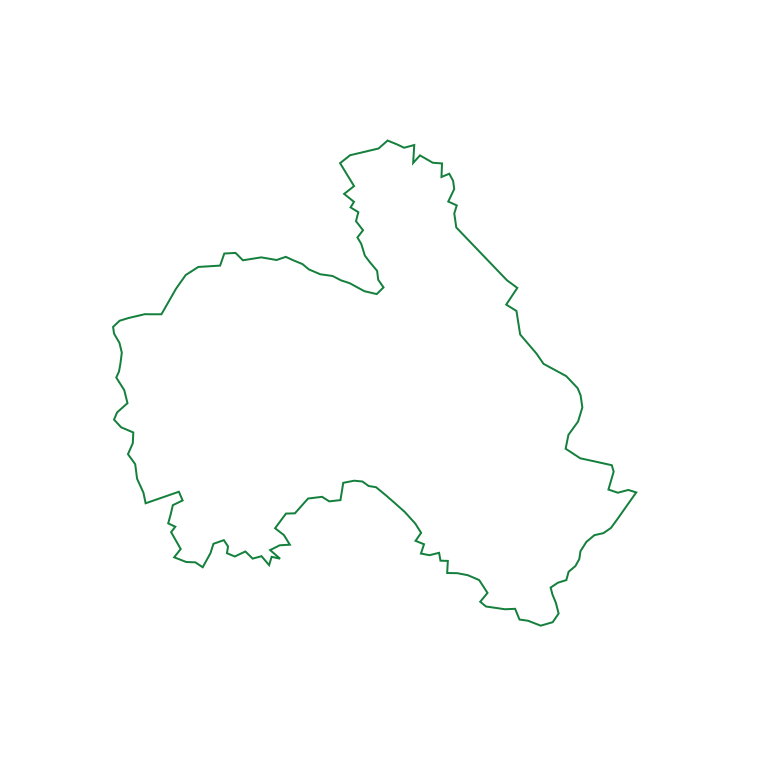 the district of Ernestina, Rio Grande do Sul, Brazil, rotated 290°
{"feature_id": "56859067B68568949891586", "entity_name": "Ernestina", "entity_type": "district", "adm_level": 2, "iso_a3": "BRA", "parent_name": "Brazil", "parent_adm1": "Rio Grande do Sul", "projection": "mercator", "projection_center": [-52.561, -28.425], "detail": "fine", "context": "isolated", "style": "outline", "palette": "green", "viewbox_px": 768, "rotation_deg": 290, "n_neighbors": 0, "source": "geoboundaries", "source_scale": "gbopen_adm2", "svg_char_len": 2302}
<svg xmlns="http://www.w3.org/2000/svg" viewBox="0 0 768 768"><g transform="rotate(290 384 384)"><path d="M618.9,330.7L612.9,322.1L613.6,314.6L614.0,304.1L603.5,298.4L587.4,273.9L576.5,267.2L559.7,288.2L549.0,281.5L544.9,293.5L538.5,292.2L536.7,301.1L527.4,302.0L521.3,311.7L512.6,308.9L508.0,314.6L498.1,322.1L493.7,328.9L488.0,338.8L480.0,342.9L474.6,350.5L466.0,346.4L464.5,333.8L467.0,317.2L466.7,308.1L467.9,298.7L465.3,286.5L466.0,274.2L468.8,266.4L469.2,256.7L469.9,248.2L463.8,240.7L461.0,225.3L452.0,209.1L456.4,199.7L452.0,189.3L439.2,189.5L430.5,169.5L418.6,160.4L402.5,156.0L373.4,151.0L367.7,135.2L358.6,121.3L353.0,113.9L345.0,109.9L339.0,113.1L332.2,121.3L323.8,126.9L312.7,129.4L305.2,130.7L298.5,130.2L289.4,142.0L278.3,149.5L266.0,142.9L258.2,142.5L253.4,151.8L252.7,165.0L242.4,168.2L230.5,167.4L223.6,177.6L210.5,184.4L199.6,195.1L190.4,200.8L212.6,228.1L205.7,234.6L197.9,227.0L188.8,228.1L179.2,228.9L178.5,236.7L172.0,234.6L159.4,249.4L149.4,246.1L149.1,259.1L151.9,267.7L149.8,276.3L165.6,278.8L175.5,278.4L182.5,286.9L178.0,293.0L171.3,294.3L170.9,302.8L179.2,311.0L175.0,320.3L180.3,327.8L174.5,338.0L183.2,337.5L184.3,346.1L189.0,333.8L196.8,341.2L200.8,350.5L207.8,341.6L211.2,331.0L228.7,336.2L232.0,344.5L250.4,351.8L256.8,364.4L255.0,372.7L260.0,382.8L277.2,379.5L282.9,389.0L285.0,397.1L282.9,404.5L284.3,411.8L280.1,423.7L276.5,433.1L270.8,447.4L263.5,461.2L256.8,469.8L247.4,467.3L247.1,476.4L237.3,476.7L238.7,485.3L244.2,493.5L237.3,497.5L239.6,504.5L228.0,508.0L231.3,517.6L233.0,528.1L232.3,540.5L223.1,552.7L212.3,548.9L209.8,555.9L213.7,574.7L217.6,584.1L209.0,591.9L210.8,600.3L210.5,613.9L217.9,624.0L228.0,626.6L237.1,620.4L243.8,614.3L249.7,610.2L256.8,615.4L262.1,622.4L270.8,621.7L278.3,626.1L286.2,627.4L294.1,625.8L304.9,628.2L313.9,633.4L318.9,641.2L326.4,646.5L336.4,649.4L357.4,655.1L368.4,658.1L368.0,649.8L361.8,640.9L361.6,631.0L380.2,629.8L385.6,625.8L381.3,593.8L385.3,576.8L399.3,574.7L415.1,579.2L429.8,578.4L440.6,572.6L446.3,567.4L453.7,552.6L457.5,527.0L464.6,517.1L477.1,495.0L497.9,483.5L500.4,471.7L519.9,476.4L523.5,464.1L555.8,398.4L568.3,391.7L576.7,391.3L577.4,382.0L591.2,383.3L598.5,379.5L603.9,373.4L598.2,367.2L611.1,363.1L608.6,354.2L611.1,339.6L601.7,335.8L618.9,330.7Z" fill="none" stroke="#15803d" stroke-width="2"/></g></svg>